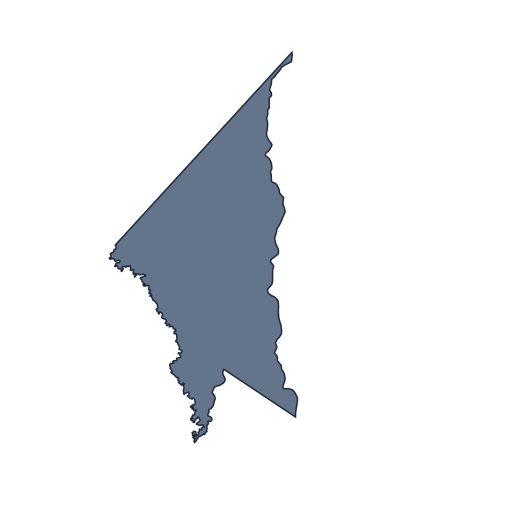 the district of Barranca De Upia, Meta, Colombia, rotated 34°
{"feature_id": "7082276B26667075739233", "entity_name": "Barranca De Upia", "entity_type": "district", "adm_level": 2, "iso_a3": "COL", "parent_name": "Colombia", "parent_adm1": "Meta", "projection": "albers", "projection_center": [-72.985, 4.546], "detail": "fine", "context": "isolated", "style": "filled", "palette": "slate", "viewbox_px": 512, "rotation_deg": 34, "n_neighbors": 0, "source": "geoboundaries", "source_scale": "gbopen_adm2", "svg_char_len": 6158}
<svg xmlns="http://www.w3.org/2000/svg" viewBox="0 0 512 512"><g transform="rotate(34 256 256)"><path d="M133.2,325.6L134.2,325.8L135.7,328.1L134.9,330.3L135.6,332.9L134.5,334.2L134.0,335.4L134.2,335.9L135.3,336.5L136.5,337.7L136.2,338.6L135.6,339.1L135.6,339.9L136.3,340.2L137.2,339.9L139.3,338.0L140.0,337.8L140.6,338.0L141.7,339.0L142.2,339.1L144.2,336.7L145.1,336.1L145.9,336.0L146.2,336.3L146.4,337.0L146.1,338.1L145.9,338.5L144.7,339.0L144.0,340.2L144.1,340.7L144.7,341.3L144.4,342.7L144.7,343.5L145.2,343.4L145.5,342.5L146.3,341.9L148.9,343.5L149.5,343.4L150.7,342.4L151.7,342.4L152.2,342.8L152.5,343.8L153.0,344.0L153.3,343.4L153.3,341.2L152.8,340.7L151.3,340.2L151.2,339.4L152.0,338.5L153.4,338.2L154.1,338.3L154.6,338.0L154.7,337.7L154.5,336.6L154.9,336.3L155.9,336.2L156.8,334.4L157.3,334.5L158.1,335.7L159.1,336.3L159.4,337.4L160.0,337.9L160.7,337.7L161.7,336.2L162.2,336.0L163.9,339.1L164.5,339.6L165.0,339.4L165.3,338.0L166.4,337.9L166.8,339.0L166.6,340.8L167.1,341.2L167.5,339.4L167.2,337.7L167.4,337.0L168.1,336.7L169.9,336.9L172.7,334.1L175.2,333.8L175.7,334.1L175.7,334.4L174.7,335.3L172.4,338.5L172.6,339.4L174.2,339.4L176.1,340.9L178.1,341.3L178.3,342.5L178.6,342.9L179.3,341.7L180.1,341.4L180.2,342.3L179.7,343.2L180.0,343.6L182.1,341.8L182.9,340.8L183.9,340.5L185.8,344.0L187.0,343.4L187.8,343.7L187.5,345.3L188.2,346.8L188.6,346.8L189.5,346.0L190.6,346.1L191.3,346.9L190.4,347.4L190.3,347.9L190.5,348.5L191.8,347.9L195.3,350.2L196.2,350.3L198.0,349.9L199.2,350.8L200.9,351.0L203.8,354.1L203.8,354.9L203.0,355.5L203.0,356.0L204.8,357.0L206.1,357.0L207.4,358.4L207.8,358.4L208.0,358.2L207.5,355.9L208.1,355.8L208.9,356.1L210.2,356.1L211.5,356.9L211.6,358.2L212.3,359.8L213.4,359.9L216.2,359.2L217.3,359.4L218.5,360.3L218.0,361.8L218.1,362.2L220.0,362.6L220.8,363.5L221.4,363.2L222.0,361.3L222.4,360.9L223.0,361.4L223.7,363.1L226.0,361.1L226.6,361.2L228.0,362.4L229.8,361.8L230.4,361.9L231.5,363.0L231.4,363.4L230.6,363.6L230.5,363.9L230.8,365.3L231.7,366.1L233.0,365.3L233.7,365.4L234.6,366.1L236.9,368.9L237.2,369.9L236.9,371.1L237.3,371.7L237.9,371.9L239.2,371.4L241.1,373.1L243.6,374.1L244.0,375.8L244.4,376.3L245.2,376.3L247.0,375.8L248.2,376.5L248.1,378.4L247.7,378.8L246.0,379.5L245.9,380.0L247.0,380.2L249.6,381.2L249.9,381.4L250.0,382.0L249.2,383.3L247.7,384.7L247.5,385.4L248.5,386.4L248.6,386.9L246.2,389.1L246.2,390.4L247.4,390.4L247.5,390.8L246.9,391.7L245.3,392.9L245.1,393.9L245.5,394.8L246.7,395.5L247.6,397.2L249.3,397.6L250.6,398.1L250.9,398.7L250.4,399.7L250.5,400.0L252.4,400.4L254.2,400.2L255.6,400.7L256.8,400.6L258.0,401.3L259.1,400.6L259.7,400.6L260.2,401.1L260.7,402.6L262.1,402.8L262.6,404.1L263.0,404.3L266.7,404.6L266.9,403.9L266.5,402.4L267.0,402.1L268.0,402.2L268.3,404.0L270.2,405.7L271.0,408.1L273.5,410.9L273.8,410.8L274.1,409.6L275.9,406.7L276.8,407.0L278.1,408.2L278.1,408.7L277.5,410.1L277.6,410.6L278.9,410.4L280.4,411.0L283.0,410.3L283.3,409.2L283.7,408.9L284.5,409.0L285.7,409.5L287.8,411.8L288.2,412.7L288.0,413.6L286.7,415.0L286.1,416.8L286.1,417.8L287.3,417.7L288.6,418.4L288.7,417.9L288.0,416.4L288.1,416.0L290.0,418.3L290.6,418.7L291.2,418.6L292.1,417.3L292.5,417.3L293.0,420.7L293.8,421.8L292.6,423.2L292.8,425.1L294.3,426.0L293.9,426.5L293.0,426.7L292.7,427.2L293.8,428.3L294.6,428.4L296.3,427.9L297.1,429.0L297.9,428.3L297.9,427.8L297.2,426.0L297.5,424.8L298.1,423.8L297.7,422.2L298.0,421.9L299.4,422.3L301.8,423.5L300.5,427.7L300.4,428.4L300.7,428.7L302.7,428.4L304.9,427.3L306.2,425.8L306.9,425.8L308.6,426.5L308.5,427.1L307.4,427.8L307.1,428.4L308.0,430.6L306.3,430.9L305.9,431.2L307.1,433.3L306.8,434.9L308.1,435.7L307.8,436.9L307.2,437.5L305.9,437.3L304.4,435.4L303.8,435.4L302.4,436.2L302.3,437.3L301.8,438.1L302.9,438.7L303.4,439.9L304.0,440.3L304.6,440.0L305.6,438.0L307.2,438.3L307.4,438.7L307.2,439.4L305.2,440.5L305.1,441.5L306.0,442.1L307.6,441.8L308.0,444.1L309.5,444.9L309.8,442.0L309.4,440.8L309.8,438.9L309.6,437.9L310.0,437.1L311.5,435.0L312.0,432.9L312.2,432.7L313.0,432.9L313.2,432.7L312.8,430.2L313.5,429.0L312.5,428.2L312.0,426.4L311.1,425.8L309.9,423.4L309.8,423.1L310.4,422.1L310.0,420.9L308.6,420.0L308.7,419.7L310.9,418.3L311.1,417.7L311.0,416.4L310.4,415.6L309.2,414.9L307.5,414.9L305.7,415.3L304.9,414.8L304.1,411.2L303.2,410.7L302.9,410.0L303.2,408.8L304.1,407.1L304.3,403.8L302.7,400.0L302.0,397.1L299.6,394.9L298.0,394.6L296.3,393.8L295.7,392.8L294.8,387.9L295.8,386.3L298.5,383.1L298.7,382.0L300.0,379.6L300.1,377.4L299.8,376.0L298.7,374.7L296.3,373.5L294.1,372.1L292.7,369.1L292.8,367.9L378.8,367.4L376.7,364.2L371.0,352.3L369.5,350.2L365.4,347.9L363.2,347.0L360.8,346.6L356.7,348.0L353.7,350.4L352.9,350.4L351.9,349.8L351.1,348.9L349.8,344.0L348.7,341.3L345.9,338.4L344.5,337.3L340.7,335.6L339.6,334.7L338.8,333.3L338.1,332.6L332.5,330.9L331.6,330.1L330.6,328.2L329.3,327.1L325.6,326.1L325.0,324.3L324.7,321.1L324.3,320.1L323.7,319.2L321.4,317.8L320.7,316.9L320.3,314.0L320.3,312.5L320.8,310.2L320.6,306.4L319.1,303.7L315.1,299.2L310.6,295.6L309.0,294.0L305.2,289.0L303.1,285.5L301.1,282.8L299.3,280.8L297.1,280.0L295.1,279.6L289.6,280.2L287.4,280.0L285.5,278.9L284.7,278.0L284.3,276.3L285.0,271.0L284.7,269.6L284.0,267.9L277.9,258.7L276.3,254.5L275.8,254.1L271.6,252.9L271.1,252.3L270.7,250.9L270.6,249.5L271.5,247.7L273.2,242.0L272.9,240.8L270.8,238.0L265.6,234.8L261.6,231.1L259.8,225.4L258.1,221.4L258.1,218.1L257.7,214.3L255.4,202.9L251.8,199.6L250.7,199.3L250.3,198.8L248.6,196.8L246.1,192.0L242.4,191.3L240.3,190.5L237.5,187.6L233.6,185.4L231.9,185.0L228.3,185.6L226.9,185.2L223.1,180.0L221.1,178.5L220.7,177.4L220.5,175.7L220.0,174.2L216.8,170.4L212.4,167.8L209.3,167.6L207.9,167.4L207.2,166.8L206.6,165.2L206.9,163.8L207.7,162.8L207.8,159.4L207.5,156.3L207.2,155.1L206.2,154.3L201.8,152.8L199.8,151.7L198.3,150.8L196.2,148.7L195.1,146.1L192.4,140.9L190.4,138.3L187.9,136.1L186.3,131.5L184.2,128.8L184.0,127.0L184.3,125.7L183.2,124.4L178.8,117.9L179.1,114.3L178.5,113.3L177.1,111.9L175.3,111.3L174.2,110.5L172.4,104.5L170.3,101.1L170.3,100.2L171.2,96.8L171.2,93.7L171.8,89.9L171.9,87.1L171.6,85.6L171.8,84.6L173.2,81.4L176.6,75.3L176.1,73.5L174.7,71.5L173.8,69.1L171.9,67.1L133.2,325.6Z" fill="#64748b" stroke="#1e293b" stroke-width="1.5"/></g></svg>